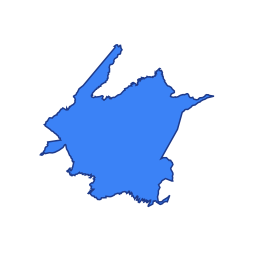 outline of Chapada dos Guimarães, Mato Grosso, Brazil, rotated 342°
{"feature_id": "56859067B35702518946002", "entity_name": "Chapada dos Guimarães", "entity_type": "district", "adm_level": 2, "iso_a3": "BRA", "parent_name": "Brazil", "parent_adm1": "Mato Grosso", "projection": "albers", "projection_center": [-55.544, -15.094], "detail": "fine", "context": "isolated", "style": "filled", "palette": "blue", "viewbox_px": 256, "rotation_deg": 342, "n_neighbors": 0, "source": "geoboundaries", "source_scale": "gbopen_adm2", "svg_char_len": 5781}
<svg xmlns="http://www.w3.org/2000/svg" viewBox="0 0 256 256"><g transform="rotate(342 128 128)"><path d="M36.4,126.4L37.6,127.2L38.3,127.2L39.9,126.5L40.6,125.7L41.5,126.8L45.6,127.2L48.4,128.3L50.9,128.5L55.6,127.8L60.2,126.4L62.5,124.5L63.3,124.4L63.6,124.8L63.1,129.1L63.7,131.5L64.0,136.0L64.8,137.4L64.6,138.8L65.4,140.5L64.8,141.8L64.9,142.9L65.8,142.9L66.1,143.3L63.3,148.1L62.3,148.8L62.3,149.6L61.1,150.7L60.5,151.0L60.0,150.3L60.5,148.4L59.9,148.3L58.7,149.4L56.6,150.1L56.8,150.6L57.7,150.9L57.5,151.3L58.4,151.6L58.8,152.4L58.4,153.1L58.5,154.5L59.5,154.5L59.2,155.5L60.0,156.1L61.2,155.5L62.8,156.8L63.5,155.9L65.7,156.1L68.1,155.2L68.3,156.3L70.3,156.6L70.3,158.0L70.9,158.3L71.7,157.9L73.3,158.6L72.8,159.5L74.7,159.5L75.8,160.0L75.6,160.9L76.2,161.1L78.6,160.8L78.2,162.0L77.0,163.2L76.3,163.4L77.0,163.8L79.2,162.6L80.6,163.1L81.0,163.8L80.8,164.3L81.1,164.9L80.2,165.0L80.2,165.7L79.4,165.8L80.2,166.8L79.6,167.2L79.6,167.8L77.5,169.4L76.5,169.0L74.3,169.8L74.1,170.4L74.4,171.4L75.3,172.1L74.1,174.1L74.2,174.7L76.6,175.7L75.7,176.3L75.1,176.0L73.6,177.4L72.9,177.5L73.9,176.4L72.8,175.7L72.5,176.6L71.5,176.8L69.9,177.9L70.4,178.3L71.3,178.1L72.1,178.9L72.0,179.5L72.9,181.4L74.8,182.5L74.7,183.4L75.2,184.0L76.3,184.2L77.0,186.5L78.8,187.3L80.1,187.4L81.2,186.2L85.5,187.5L85.9,186.2L89.7,187.8L91.3,188.0L94.4,187.5L94.9,187.0L97.3,186.9L98.4,187.0L99.7,188.4L100.4,187.5L101.4,188.1L102.2,187.4L103.3,187.2L105.5,187.5L106.3,188.6L106.8,188.7L106.5,189.8L107.9,189.5L109.3,188.4L109.8,188.7L109.2,189.6L109.2,191.4L111.1,190.3L111.2,190.8L110.4,191.6L111.6,191.6L110.7,194.0L111.8,193.9L112.0,195.9L112.5,196.6L112.4,197.7L115.7,195.5L116.1,195.8L116.2,196.5L113.8,199.2L114.4,199.5L116.7,199.0L114.9,201.5L115.5,202.3L115.9,202.4L119.8,199.8L120.0,200.3L119.6,201.6L120.2,201.6L121.5,200.8L121.8,201.1L120.3,203.3L121.4,203.2L123.3,202.3L124.0,203.1L123.1,203.6L122.7,204.3L122.9,204.8L123.7,204.8L126.5,203.5L127.2,203.6L126.6,205.0L123.8,207.4L123.9,207.9L123.0,208.4L123.2,208.8L128.0,208.0L129.5,205.4L130.5,205.8L131.2,205.5L132.0,206.0L132.1,207.1L134.9,210.5L135.4,210.7L137.5,210.5L138.8,209.7L139.8,209.6L141.4,209.6L142.6,210.3L146.9,204.9L144.4,206.3L139.1,207.6L138.2,208.2L136.9,208.5L135.0,208.0L134.0,207.3L134.8,202.5L136.6,199.8L137.5,197.0L140.0,194.4L139.5,191.4L142.7,189.9L144.0,188.6L148.1,187.7L153.4,192.0L154.2,192.2L154.3,190.6L155.1,189.2L155.3,187.5L156.5,185.9L156.7,184.3L156.0,180.6L156.2,179.5L159.4,176.7L159.4,174.4L158.9,173.6L158.6,172.0L157.7,171.4L157.1,171.6L155.4,168.1L152.4,167.1L149.9,167.4L174.6,144.6L184.4,129.8L186.7,129.0L187.5,128.3L188.8,128.2L190.6,128.8L194.5,127.6L196.2,126.5L199.0,126.8L202.6,125.5L204.9,125.4L205.6,124.9L208.1,124.4L210.1,124.4L212.7,123.8L219.6,124.3L215.5,122.2L214.6,121.2L213.0,120.6L211.7,120.8L210.8,121.6L208.2,122.1L205.7,121.5L204.4,121.9L203.9,122.5L202.0,122.4L199.4,120.8L199.1,118.8L197.4,118.8L196.5,118.3L195.9,117.0L195.8,114.8L195.3,113.9L194.7,113.6L192.2,113.8L190.6,113.2L188.3,113.1L186.2,113.4L185.7,113.7L182.9,113.6L182.6,113.0L180.7,112.9L178.8,111.8L178.2,111.0L178.8,110.0L179.8,109.0L183.0,108.6L183.5,107.1L182.1,104.6L181.7,102.9L180.3,101.2L178.8,100.2L178.0,98.4L178.0,97.8L177.1,95.0L177.6,94.5L177.5,93.8L176.9,92.2L177.3,89.7L176.8,89.5L176.8,88.9L177.3,88.1L176.7,87.1L177.3,86.9L177.8,86.0L177.5,85.0L177.8,84.7L177.4,83.5L176.3,83.6L175.9,83.0L176.0,81.9L176.8,81.4L176.3,81.1L174.3,82.1L173.9,82.7L172.7,82.6L171.7,84.3L171.8,85.0L171.2,84.8L171.0,83.7L170.6,84.5L170.8,85.2L170.7,86.2L170.0,86.2L169.9,86.9L168.0,86.9L167.6,87.3L167.2,86.9L166.9,87.4L165.5,86.5L164.9,86.6L164.6,86.0L163.5,85.9L162.0,84.8L161.5,85.6L159.7,85.6L158.6,86.2L158.2,85.9L158.5,85.4L158.1,84.9L157.6,84.9L156.6,84.2L156.4,85.7L155.6,85.5L154.8,86.3L155.0,84.9L154.3,84.9L154.0,85.4L153.5,84.8L152.3,85.1L152.1,86.0L152.4,86.5L153.1,86.6L152.4,87.3L151.4,87.4L151.0,88.0L150.9,89.4L150.0,90.0L148.9,89.9L149.4,89.3L149.1,88.6L147.8,87.1L147.4,87.5L146.9,87.5L146.9,86.4L146.2,86.3L144.6,87.0L145.4,87.7L144.6,88.0L144.5,89.1L143.4,88.5L142.6,88.8L141.9,88.3L140.1,89.6L136.9,89.7L136.8,91.1L135.5,91.2L131.3,93.6L128.7,93.5L124.7,94.8L123.6,94.3L121.6,94.3L121.2,94.9L120.7,94.8L119.9,94.4L120.4,93.3L119.3,91.9L118.4,92.8L117.5,91.7L115.5,93.6L114.5,93.6L114.1,94.1L113.5,93.9L113.1,92.5L112.5,92.1L114.1,90.3L113.7,89.5L112.5,89.2L111.5,89.5L107.2,88.7L106.5,87.9L106.1,88.4L104.7,88.5L103.1,87.2L103.1,86.2L103.4,85.7L103.7,86.1L104.4,85.9L104.5,84.6L105.1,83.8L109.3,81.3L110.0,81.4L110.9,80.5L111.8,80.7L112.4,80.4L112.7,79.8L113.0,80.2L114.5,79.5L115.0,79.8L115.3,79.0L116.3,78.3L119.8,77.5L120.8,77.7L121.0,76.8L122.9,76.0L123.5,75.3L123.7,74.5L124.4,74.4L125.0,71.7L126.2,70.9L126.4,69.2L127.7,69.0L128.9,65.4L128.7,64.8L129.7,63.1L130.7,62.2L132.5,62.5L134.0,61.9L135.3,60.3L135.2,59.6L136.6,58.1L139.8,57.2L141.1,55.1L143.5,55.2L143.9,54.8L144.9,52.8L146.0,52.2L146.5,51.6L146.0,50.2L146.4,47.1L145.8,47.0L144.8,47.8L144.3,47.9L143.9,47.5L143.7,45.7L142.5,45.3L140.3,46.1L140.7,46.4L140.5,47.5L98.5,73.8L93.6,75.6L90.8,78.5L89.9,78.9L89.0,80.2L86.1,80.9L85.9,81.5L86.7,82.9L86.6,85.0L86.1,85.3L85.5,87.3L83.4,88.7L80.9,89.2L79.5,90.0L79.1,89.6L78.5,90.1L78.3,90.8L77.5,91.0L76.8,92.0L76.3,92.1L75.9,90.2L75.6,91.1L74.8,91.7L72.2,88.8L70.8,89.6L70.2,89.4L67.2,91.6L65.8,92.0L64.6,92.9L64.6,93.5L63.3,93.4L60.7,94.0L59.1,95.1L56.6,94.1L55.9,94.3L53.3,96.7L52.5,96.6L51.8,97.0L51.0,98.7L49.5,98.9L50.1,100.1L50.0,100.5L53.7,105.5L54.3,107.0L55.7,108.2L56.6,110.1L57.8,111.5L57.9,112.1L59.1,113.9L59.4,116.3L60.4,116.8L59.9,117.9L60.2,118.7L47.3,116.5L47.2,117.6L46.6,118.6L46.2,118.7L46.4,119.7L46.0,120.1L45.0,120.6L44.1,120.6L43.0,121.4L42.1,123.2L40.4,124.3L39.6,125.4L37.8,125.4L36.4,126.4Z" fill="#3b82f6" stroke="#1e3a8a" stroke-width="1.5"/></g></svg>